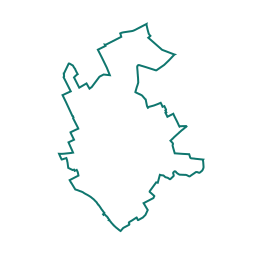 the district of Valu Lui Traian, Constanta, Romania, rotated 331°
{"feature_id": "2599482B6987957430653", "entity_name": "Valu Lui Traian", "entity_type": "district", "adm_level": 2, "iso_a3": "ROU", "parent_name": "Romania", "parent_adm1": "Constanta", "projection": "orthographic", "projection_center": [28.491, 44.168], "detail": "fine", "context": "isolated", "style": "outline", "palette": "teal", "viewbox_px": 256, "rotation_deg": 331, "n_neighbors": 0, "source": "geoboundaries", "source_scale": "gbopen_adm2", "svg_char_len": 5432}
<svg xmlns="http://www.w3.org/2000/svg" viewBox="0 0 256 256"><g transform="rotate(331 128 128)"><path d="M168.5,41.6L167.1,41.5L167.1,41.9L167.0,42.1L166.3,45.0L149.0,44.4L148.9,44.3L148.2,43.8L148.2,44.3L148.1,44.6L148.1,45.3L139.6,44.9L139.3,53.4L139.1,57.4L138.7,65.0L137.7,73.0L132.6,69.4L132.3,69.4L128.4,69.3L127.9,69.4L127.7,69.4L119.0,73.3L116.1,74.6L113.4,74.9L113.3,68.9L104.9,69.1L105.3,57.6L105.9,57.5L106.2,57.3L106.6,57.2L107.7,56.9L108.3,56.8L108.6,56.7L109.9,56.5L110.1,56.5L110.1,54.1L110.2,51.9L110.3,51.2L110.4,50.8L110.3,50.6L110.2,49.4L110.1,48.3L110.1,46.7L109.4,45.5L108.2,43.5L108.0,43.3L107.7,43.0L107.4,42.9L98.5,49.2L98.4,49.4L98.2,49.3L97.8,50.2L97.6,50.7L97.3,51.6L97.1,51.9L97.0,52.0L96.8,52.1L96.3,52.3L95.7,68.2L86.7,67.5L86.3,75.4L85.2,90.6L85.6,90.9L85.4,92.3L85.2,92.3L85.0,92.6L84.7,92.8L84.5,98.5L84.4,101.8L84.3,104.1L84.2,104.5L81.2,104.2L77.7,104.0L75.6,103.9L75.5,104.3L75.1,112.1L69.0,111.7L68.5,117.3L68.4,118.7L68.3,120.1L68.1,121.8L68.0,122.9L66.0,122.2L64.8,121.7L62.5,120.7L61.1,120.1L60.1,119.7L58.8,119.1L57.0,118.2L55.2,117.1L54.9,120.1L54.7,123.4L54.8,123.5L55.5,123.6L55.9,123.7L59.5,124.4L59.2,126.0L59.1,126.8L58.8,127.3L58.4,128.8L56.4,133.9L58.4,136.8L59.2,137.9L60.7,138.3L60.6,139.6L61.6,139.7L62.0,139.8L62.8,139.8L62.8,140.5L62.7,141.9L62.4,143.2L61.8,145.0L61.6,145.6L51.7,145.3L51.7,148.4L51.8,148.5L52.1,156.2L52.3,156.4L52.8,156.9L53.9,158.1L55.3,159.8L56.4,161.0L57.0,161.8L57.5,162.5L57.9,163.4L58.9,165.1L60.1,166.9L60.5,167.6L61.2,168.8L62.0,170.3L62.4,171.3L63.0,172.8L63.4,173.7L64.0,176.0L64.6,178.1L64.5,178.7L64.6,179.1L64.7,180.3L64.7,180.5L64.9,180.6L65.1,181.9L65.4,184.9L65.4,185.1L65.4,185.7L65.7,187.8L65.9,189.6L66.2,190.7L65.3,191.3L64.4,191.4L64.5,192.1L65.4,191.9L65.6,192.0L65.9,192.6L66.1,193.8L66.7,195.4L66.9,196.7L66.8,196.8L66.9,197.3L67.0,198.3L67.2,199.6L67.2,200.0L67.3,200.2L67.2,200.0L67.1,199.7L66.9,199.6L66.6,199.6L66.7,199.8L66.7,199.7L66.8,199.7L66.9,199.8L67.0,200.0L67.1,200.4L67.3,201.1L67.5,202.7L68.0,204.8L68.3,205.8L68.2,205.9L68.5,206.9L68.9,207.9L69.2,209.0L69.3,209.2L70.7,212.6L70.9,213.2L71.3,214.0L71.6,214.5L75.4,213.1L82.0,213.2L82.3,213.1L82.6,212.7L82.7,212.2L82.7,211.4L82.9,211.2L83.2,211.0L83.4,210.9L87.1,210.8L89.6,210.6L91.2,210.5L92.1,210.4L92.2,210.5L92.0,213.2L92.1,213.4L92.3,213.5L97.6,213.5L97.9,213.4L100.7,212.6L101.1,212.5L105.5,209.3L105.2,201.3L116.2,201.6L118.0,200.3L117.9,199.7L116.0,194.4L116.1,194.1L116.4,193.8L126.3,189.2L127.5,190.3L133.2,184.4L134.2,185.4L135.6,186.4L136.0,186.7L136.1,186.9L136.3,187.5L136.6,188.5L136.9,189.1L137.2,189.5L138.5,190.7L138.6,190.9L139.0,191.5L139.3,192.1L139.5,192.7L139.7,193.0L140.0,193.2L140.4,193.2L143.5,192.4L144.3,192.2L144.6,192.1L144.9,191.8L145.0,191.5L145.2,191.1L145.3,190.7L145.5,189.9L145.5,189.6L145.7,189.3L145.9,189.1L146.0,188.9L146.6,188.7L147.0,188.6L147.3,188.5L147.7,188.5L148.0,188.6L148.2,188.8L148.4,189.0L148.6,189.3L148.7,190.3L148.9,190.8L149.1,191.3L149.2,191.7L149.9,192.9L150.2,193.4L150.3,193.6L150.5,193.8L150.8,194.0L154.9,196.5L155.8,197.0L156.2,197.4L156.6,197.8L157.8,199.6L158.1,200.0L158.4,200.1L158.6,200.2L158.9,200.2L159.2,200.2L160.4,200.0L161.8,199.9L162.6,199.8L163.1,199.8L165.7,199.5L166.1,199.5L166.5,199.7L166.8,199.9L167.0,200.0L167.4,200.4L168.0,201.1L168.3,201.5L168.8,201.8L169.0,201.8L169.3,201.8L171.5,201.4L172.0,201.3L172.2,201.2L172.5,201.1L173.8,200.2L174.5,199.6L174.7,199.4L175.0,199.0L175.3,198.5L177.3,194.2L177.6,193.4L177.8,192.8L177.9,192.7L178.0,192.5L178.2,192.3L178.5,192.1L171.6,187.3L171.3,187.0L170.7,186.6L168.5,185.1L168.1,184.3L168.1,183.9L168.8,180.6L162.9,176.9L156.6,172.8L157.7,168.1L158.3,165.6L158.5,165.0L158.7,164.6L159.4,164.0L159.6,163.8L159.7,163.5L159.8,163.1L159.7,162.7L159.6,162.1L159.0,159.7L159.9,159.5L160.3,159.4L160.8,159.2L161.6,159.1L162.0,158.9L162.3,158.9L162.9,158.7L163.8,158.4L164.2,158.3L165.1,158.1L167.2,157.6L170.4,156.9L170.7,156.7L171.0,156.7L171.6,156.6L172.0,156.5L173.7,156.1L175.8,155.8L176.1,155.7L176.4,155.7L176.7,155.6L176.9,155.5L178.3,155.3L178.9,155.3L179.2,155.2L179.9,155.0L179.8,154.5L175.0,152.0L174.8,151.9L174.6,151.8L174.4,151.8L173.7,151.8L173.7,150.5L173.8,149.5L174.0,146.8L174.2,141.8L174.3,139.6L174.5,137.5L167.9,137.3L168.0,135.7L168.1,134.3L168.1,133.0L168.1,132.9L169.1,132.9L169.1,132.5L169.2,130.8L169.9,130.8L170.0,130.7L170.2,130.4L170.4,126.5L168.5,126.2L168.7,124.3L168.8,122.7L168.8,122.2L168.8,121.8L165.7,121.5L161.6,120.9L159.1,120.3L156.0,119.5L155.7,119.7L155.5,120.0L155.2,120.0L155.2,118.7L155.3,118.0L155.4,117.6L156.6,113.8L157.3,111.6L157.1,111.3L157.0,111.0L156.1,106.6L155.9,106.2L155.8,105.9L151.8,100.3L151.8,100.2L155.4,96.6L157.2,95.0L158.0,94.2L158.6,93.6L158.8,93.4L159.0,93.2L159.7,91.8L160.9,89.4L161.6,87.9L161.8,87.3L162.3,86.4L162.7,85.4L163.8,83.1L165.4,79.5L165.6,79.2L165.9,78.9L165.9,78.7L166.5,78.2L166.9,78.1L167.1,78.0L167.5,78.1L167.8,78.1L168.0,78.3L168.4,78.5L168.8,78.9L169.5,79.7L171.1,81.3L173.5,83.8L176.9,87.4L179.8,90.5L180.3,91.0L180.5,91.2L181.0,91.3L181.9,91.2L190.0,90.4L190.5,90.3L196.5,88.7L203.4,86.5L204.2,86.3L204.3,86.3L204.1,86.1L199.4,80.5L195.7,76.1L192.3,66.6L189.5,58.9L192.2,58.4L192.3,58.3L192.2,58.1L192.0,57.4L191.9,56.1L191.8,55.7L192.0,54.9L192.8,51.6L194.2,46.7L194.4,46.4L194.7,46.0L190.9,45.9L181.0,45.6L180.3,45.5L179.4,45.4L178.7,45.2L177.8,44.9L170.1,42.0L169.6,41.9L169.3,41.8L168.5,41.6Z" fill="none" stroke="#0f766e" stroke-width="2"/></g></svg>